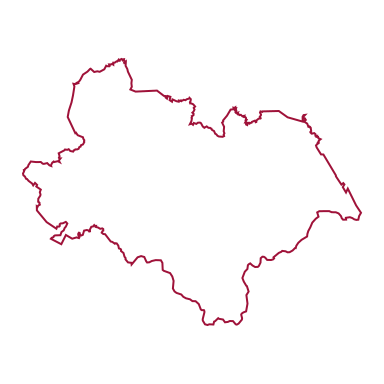 Venustiano Carranza, Puebla, Mexico
{"feature_id": "50627088B90206204829893", "entity_name": "Venustiano Carranza", "entity_type": "district", "adm_level": 2, "iso_a3": "MEX", "parent_name": "Mexico", "parent_adm1": "Puebla", "projection": "robinson", "projection_center": [-97.693, 20.505], "detail": "fine", "context": "isolated", "style": "outline", "palette": "rose", "viewbox_px": 384, "rotation_deg": 0, "n_neighbors": 0, "source": "geoboundaries", "source_scale": "gbopen_adm2", "svg_char_len": 5924}
<svg xmlns="http://www.w3.org/2000/svg" viewBox="0 0 384 384"><path d="M131.6,264.5L137.6,257.3L141.1,256.1L144.3,257.0L146.2,261.3L147.1,262.5L149.3,262.3L151.8,261.0L155.7,260.1L160.9,260.3L162.4,262.9L162.7,269.9L163.8,270.8L170.1,273.1L172.3,276.5L173.6,280.9L172.9,288.5L174.5,291.4L176.5,292.9L181.3,294.5L183.3,296.8L186.0,298.3L190.0,299.3L192.4,301.1L195.6,301.2L198.8,304.1L200.8,309.4L201.7,310.1L203.9,310.1L204.4,311.2L204.4,312.4L202.7,319.2L202.8,320.6L205.0,324.3L207.5,325.0L209.3,324.3L213.4,324.5L214.1,321.6L215.1,321.2L218.2,318.2L218.9,318.8L223.0,319.5L225.0,322.3L227.9,321.9L229.8,321.0L233.0,321.1L235.7,324.3L236.8,324.6L238.6,323.6L241.9,319.6L242.1,318.2L241.2,314.7L241.7,313.6L243.4,312.4L246.1,311.4L247.5,303.6L246.4,295.1L248.6,291.6L246.9,286.1L246.3,285.8L243.8,281.6L242.4,278.0L244.8,271.7L247.4,269.0L247.9,265.2L248.7,264.3L250.2,263.4L252.5,265.5L255.1,267.0L257.8,266.9L258.9,265.9L260.5,262.6L260.7,258.2L262.4,256.7L263.9,256.8L265.3,257.7L267.1,259.9L271.1,260.0L273.1,259.4L274.1,258.4L273.5,257.3L278.8,252.9L281.3,251.8L282.2,250.9L285.6,251.3L287.5,252.3L289.6,252.2L292.6,250.5L295.1,248.0L295.7,248.1L296.3,245.8L298.3,242.8L301.6,239.8L307.1,236.5L307.4,233.9L308.3,231.0L310.3,227.3L312.3,222.6L315.8,218.7L318.5,216.7L317.2,212.4L319.3,211.2L329.1,211.1L331.7,212.2L335.9,212.3L338.6,213.4L341.0,216.1L341.8,218.3L343.1,219.7L346.1,219.6L345.9,217.8L349.9,217.2L352.4,218.1L354.2,219.3L356.3,219.9L358.3,219.7L359.1,216.1L361.0,212.8L356.1,205.4L347.8,188.6L346.0,192.5L342.8,187.1L344.4,184.4L343.3,183.1L341.4,184.6L335.9,176.3L335.9,175.4L323.4,154.5L321.0,154.4L316.6,147.3L316.0,145.4L317.1,144.3L317.6,143.0L318.1,143.5L318.7,143.1L318.8,140.6L320.6,139.2L318.4,138.2L318.1,136.9L316.3,136.9L316.1,136.4L316.6,135.7L315.4,135.6L315.4,134.1L314.2,133.1L311.8,133.7L311.5,133.5L311.7,133.1L310.4,132.4L310.4,131.8L311.2,131.1L310.7,127.8L308.8,126.9L309.4,126.5L308.0,125.7L307.2,123.6L303.5,121.2L303.6,120.2L304.9,120.8L305.8,119.9L304.8,118.3L303.0,117.8L303.3,116.8L305.1,114.9L303.6,115.1L302.6,116.8L302.7,121.6L287.6,117.3L278.8,111.0L262.5,111.4L262.2,111.9L260.5,111.4L260.0,112.6L261.0,114.5L260.9,115.3L259.8,116.8L260.7,118.2L260.5,118.5L258.7,118.6L256.5,120.4L256.3,122.0L255.7,122.2L255.3,120.7L254.7,120.7L251.9,121.9L251.6,122.7L250.1,123.0L249.7,123.5L249.2,122.9L248.0,123.7L247.9,122.8L247.5,122.8L247.2,125.0L246.1,124.5L245.9,122.5L245.2,122.5L246.5,120.0L245.7,120.0L246.1,118.5L245.9,117.7L244.6,116.4L244.0,117.1L243.6,116.9L244.2,115.8L242.3,116.2L240.8,114.8L239.4,115.1L238.6,114.1L237.9,114.3L237.5,113.5L237.8,112.8L236.9,113.2L236.6,112.3L235.8,112.7L235.4,112.1L235.9,111.2L235.2,110.5L235.8,110.1L236.5,111.0L235.8,109.1L236.1,108.2L235.3,108.3L235.3,107.3L234.4,107.9L233.5,107.7L233.9,109.2L230.6,109.6L227.0,115.7L223.1,120.4L223.2,121.6L222.1,122.6L224.1,126.8L223.7,131.3L224.4,133.3L223.7,134.5L224.0,135.2L223.6,135.8L223.9,136.2L222.6,136.8L218.9,136.5L217.5,135.8L216.3,134.3L215.2,133.7L214.0,131.0L212.1,130.0L211.4,128.6L210.7,128.5L210.2,127.9L208.4,127.8L206.7,126.4L204.3,127.8L203.8,127.1L202.9,126.7L201.0,123.2L200.0,122.6L197.9,122.7L196.3,123.9L193.8,123.0L193.0,124.8L191.6,123.7L189.9,124.2L191.4,121.2L191.9,118.5L191.5,117.9L192.3,116.3L192.0,116.0L193.5,115.1L193.6,113.8L192.4,112.7L193.5,111.6L194.5,109.6L193.7,107.9L195.1,106.5L193.2,104.3L191.0,103.3L190.2,103.4L189.9,102.2L190.6,101.0L190.8,99.2L189.5,97.9L189.3,98.5L186.6,99.3L185.5,100.2L183.6,99.8L182.5,100.6L181.2,100.4L181.1,101.1L178.8,100.5L178.7,101.7L176.4,101.2L172.5,99.4L172.0,101.7L169.6,100.1L170.4,96.8L167.7,96.0L167.0,98.6L165.6,97.5L166.0,96.1L163.9,95.9L157.0,90.6L135.6,91.6L130.4,89.5L131.8,86.8L131.4,83.3L131.8,79.8L127.9,71.6L127.3,69.0L125.6,65.8L125.8,62.3L125.1,63.2L124.7,63.2L124.8,62.6L124.1,62.5L124.6,60.7L123.8,60.2L124.0,59.2L123.1,59.3L122.6,60.2L121.6,59.0L119.4,59.9L119.7,60.7L119.3,60.8L118.6,59.7L117.3,61.5L116.6,61.3L114.7,62.7L113.3,62.7L113.3,64.7L112.1,63.9L111.2,64.4L109.1,64.4L109.7,65.9L109.3,66.3L107.1,66.2L106.2,65.7L104.3,69.3L99.7,71.8L97.3,71.3L94.2,72.0L90.6,68.7L90.1,68.9L87.5,71.6L83.0,74.6L80.3,79.8L78.8,81.8L77.0,82.7L77.8,83.3L75.3,84.1L73.5,83.8L74.4,86.5L73.0,95.4L71.5,102.5L68.9,110.5L67.7,117.0L75.3,133.2L76.0,132.7L77.7,135.2L83.0,137.3L83.3,138.8L84.3,140.2L84.0,141.3L84.3,142.0L83.0,144.4L80.9,145.3L80.6,146.6L79.3,147.1L78.6,148.8L77.2,149.4L75.3,149.4L74.3,150.4L73.7,150.4L73.1,151.6L70.3,151.0L68.7,149.2L67.3,149.8L65.0,149.5L64.6,150.2L58.7,153.3L59.6,156.2L58.9,157.8L59.4,158.4L60.5,158.4L58.8,160.6L59.6,162.1L57.8,161.2L53.9,162.1L53.6,161.6L52.3,162.6L51.0,165.2L51.2,166.0L49.4,165.3L47.2,163.1L43.8,163.9L42.6,163.6L40.8,162.0L36.2,162.1L30.8,161.5L28.4,165.1L27.9,166.8L25.1,168.9L24.4,170.3L23.9,170.2L24.0,171.5L23.0,173.5L23.4,175.3L24.9,176.5L26.1,178.8L27.0,179.0L28.6,180.9L32.1,183.5L33.2,185.4L35.0,182.9L37.1,184.9L36.3,186.5L40.8,189.6L39.8,192.2L40.5,194.4L40.3,195.6L38.3,198.7L38.2,201.8L39.0,202.2L39.6,203.0L39.4,203.9L39.8,204.7L38.1,205.7L37.5,207.0L36.8,206.4L36.9,210.4L46.6,222.1L56.4,228.7L57.2,226.5L59.1,226.6L59.8,225.9L59.7,224.3L60.5,223.5L62.8,223.3L65.8,221.9L67.3,223.5L65.8,226.7L64.7,227.9L63.7,230.4L61.5,232.0L60.4,235.2L55.0,235.4L53.8,236.2L53.4,237.2L51.7,237.8L50.9,238.8L61.3,244.2L65.9,235.0L72.2,238.7L76.6,237.4L79.0,238.1L79.4,237.2L78.2,234.9L78.3,233.6L78.9,232.7L79.6,232.9L79.9,234.2L80.9,235.6L82.8,234.9L84.1,230.6L86.9,230.0L88.5,230.5L89.2,231.5L90.0,231.3L89.9,229.6L91.3,226.8L93.2,226.4L94.2,225.1L94.9,225.9L95.9,225.9L95.5,226.8L95.8,227.0L97.8,227.4L100.2,228.8L102.3,228.4L103.2,229.0L103.3,230.6L102.5,231.1L101.7,232.7L103.3,234.0L105.1,234.2L110.7,241.5L112.3,241.9L114.8,243.7L115.2,243.2L116.7,243.4L118.3,245.6L118.9,248.4L120.6,249.0L121.1,249.8L121.0,251.0L123.5,253.0L124.5,256.7L125.6,258.1L125.5,259.4L128.0,262.4L131.4,262.8L131.6,264.5Z" fill="none" stroke="#9f1239" stroke-width="2"/></svg>